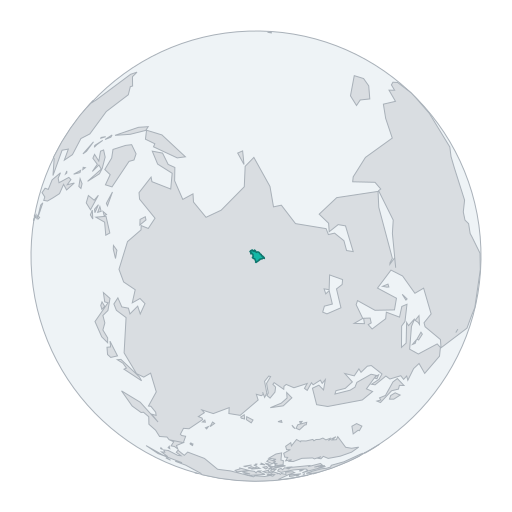 Ladakh on an orthographic globe, rotated 178°
{"feature_id": "IND-20012", "entity_name": "Ladakh", "entity_type": "Union Territory", "adm_level": 1, "iso_a3": "IND", "parent_name": "India", "parent_adm1": "", "projection": "orthographic", "projection_center": [77.875, 33.921], "detail": "fine", "context": "on_globe", "style": "filled", "palette": "teal", "viewbox_px": 512, "rotation_deg": 178, "n_neighbors": 0, "source": "natural_earth", "source_scale": "10m", "svg_char_len": 12885}
<svg xmlns="http://www.w3.org/2000/svg" viewBox="0 0 512 512"><g transform="rotate(178 256 256)"><circle cx="256" cy="256" r="225" fill="#eef3f6" stroke="#a8b0b8"/><path d="M317.6,39.3L319.0,40.9L333.5,49.4L343.9,53.7L337.1,52.0L360.8,62.0L372.5,70.4L355.7,60.1L351.2,58.6L357.3,63.5L354.0,63.1L355.0,65.4L350.5,64.7L341.0,59.4L338.0,59.0L342.5,62.6L340.8,64.6L334.6,59.3L331.1,62.4L314.6,55.5L301.8,44.2L289.0,42.1L266.2,35.4L264.6,36.4L255.0,35.3L249.6,36.2L246.9,35.3L244.9,36.9L248.4,37.6L248.7,38.7L245.9,39.5L241.9,38.2L242.8,37.7L240.2,37.8L239.4,36.9L238.2,37.8L233.7,36.6L233.9,39.0L226.8,39.1L225.0,38.1L230.8,36.5L241.0,32.1L241.0,31.5L235.1,31.8L212.3,35.0L211.4,35.2L229.0,32.3L246.8,30.9L264.7,30.9L282.5,32.3L300.2,35.1L317.6,39.3ZM204.6,36.7L206.6,36.2L202.4,37.5L209.3,36.4L208.6,37.0L213.4,37.1L206.6,39.1L197.4,41.1L193.0,41.4L188.8,42.5L188.1,44.2L175.2,47.3L158.5,54.3L155.8,55.2L159.4,52.6L171.2,47.3L187.7,41.3L204.6,36.7ZM323.6,41.1L324.5,41.4L324.7,41.6L321.3,40.5L322.9,40.9L323.6,41.1ZM352.2,57.3L348.5,54.9L353.2,57.4L352.2,57.3ZM356.0,65.9L358.0,66.8L357.7,67.7L356.0,65.9ZM216.8,36.1L215.1,36.6L215.1,36.3L216.8,36.1ZM220.5,35.9L221.6,35.2L223.6,35.0L222.8,35.4L220.5,35.9ZM350.5,67.5L349.3,68.9L348.9,66.5L350.5,67.5ZM218.6,36.8L226.8,34.8L230.2,34.5L230.1,36.0L218.6,36.8ZM347.5,69.2L344.7,73.2L349.2,75.4L335.1,72.0L342.1,69.4L340.9,65.9L344.2,68.5L347.5,69.2ZM250.8,37.6L246.9,36.8L252.8,36.8L250.8,37.6ZM254.5,37.4L272.0,36.9L276.3,38.8L269.5,38.4L277.2,40.7L270.6,41.8L265.0,40.8L263.5,39.2L262.1,40.9L254.5,37.4ZM327.7,69.8L325.6,70.2L326.0,68.8L327.7,69.8ZM249.3,39.2L252.5,38.7L256.4,40.3L250.8,41.5L251.3,40.6L249.3,39.2ZM282.4,40.9L284.3,42.5L279.5,43.8L279.6,44.7L270.8,42.0L282.4,40.9ZM249.0,40.6L247.8,42.1L243.4,42.2L246.5,39.8L249.0,40.6ZM259.8,40.3L261.4,41.1L258.7,41.0L259.8,40.3ZM227.0,44.0L230.7,43.0L233.0,43.7L227.0,44.0ZM247.7,42.7L249.2,42.7L250.6,42.9L248.9,44.0L247.7,42.7ZM268.1,43.2L265.7,43.6L271.4,44.4L268.1,45.6L262.8,43.7L263.7,45.1L262.7,45.5L259.5,43.6L268.1,43.2ZM251.3,45.9L243.5,44.5L236.1,45.9L233.8,45.2L246.1,43.2L251.3,45.9ZM256.4,44.7L252.7,45.2L251.7,44.0L253.6,42.8L256.4,44.7ZM267.7,47.3L274.2,45.8L275.1,46.3L267.7,47.3ZM249.4,46.5L251.3,46.9L248.9,46.8L249.4,46.5ZM262.3,47.2L264.5,46.6L265.5,47.1L262.3,47.2ZM253.4,48.4L250.8,47.8L252.0,46.9L253.4,48.4ZM257.6,48.0L258.5,49.0L254.0,46.9L258.4,47.6L257.6,48.0ZM262.9,47.9L264.2,48.0L261.8,48.1L262.9,47.9ZM250.2,52.4L244.3,50.0L247.0,47.8L252.4,50.4L250.2,52.4ZM32.3,234.6L39.1,196.8L42.4,189.5L47.7,176.5L74.3,157.8L74.6,166.1L89.5,179.4L90.4,183.4L83.0,192.0L89.6,218.0L98.5,213.2L110.2,230.9L121.6,237.2L135.7,219.7L117.1,208.9L119.5,197.3L139.0,197.6L156.1,207.9L157.6,203.8L151.5,189.9L160.3,185.2L150.0,184.6L150.6,190.0L144.1,190.0L143.2,185.1L146.3,183.5L142.5,179.0L128.6,188.8L127.7,195.3L114.7,189.9L112.0,200.5L106.8,202.5L109.4,185.4L112.9,180.9L113.8,159.6L109.0,163.7L107.8,184.3L106.0,181.1L99.6,187.8L103.1,180.2L105.7,157.5L97.2,152.4L78.0,161.8L74.9,158.2L76.1,149.5L91.5,132.8L96.8,142.9L102.4,138.0L108.6,126.5L109.6,130.8L112.8,127.6L115.5,131.3L126.5,128.4L130.4,131.5L141.5,123.1L145.0,123.8L137.4,128.4L134.2,133.7L144.6,142.5L148.6,142.0L155.1,136.1L157.1,139.6L162.0,132.8L171.4,135.5L164.1,126.8L171.4,120.6L180.8,118.6L181.9,115.3L166.6,118.6L161.7,121.4L159.6,126.2L145.1,133.8L140.0,132.5L150.3,119.4L144.2,116.5L154.8,108.4L189.6,103.1L200.6,105.3L204.2,121.9L197.7,124.7L193.2,119.8L191.0,130.1L194.3,126.4L196.0,129.7L203.4,125.3L205.0,127.4L209.5,119.9L212.2,122.0L209.3,126.8L222.7,123.0L230.3,126.6L232.6,124.8L232.9,121.8L242.3,128.8L243.6,127.2L241.0,124.3L241.8,119.3L246.9,113.5L249.9,116.2L248.5,118.7L249.9,128.3L245.6,135.0L247.4,135.6L251.8,130.5L250.0,118.6L252.3,114.4L254.1,119.7L253.6,117.4L255.6,116.2L260.5,117.8L258.9,112.0L277.4,97.3L288.6,99.5L288.1,105.4L304.2,100.0L315.5,104.1L313.1,101.2L319.2,97.5L315.7,96.0L315.0,94.4L329.0,85.7L334.5,86.3L337.8,80.5L336.6,79.2L332.6,78.3L335.1,72.0L349.2,75.4L351.3,78.2L358.7,79.0L362.4,85.4L368.9,91.6L368.8,99.1L373.9,103.8L376.3,103.6L385.0,110.4L395.1,125.9L376.8,113.9L359.7,93.5L365.8,101.6L361.4,100.2L361.7,103.4L366.3,109.5L368.7,109.8L360.4,123.7L365.4,142.6L372.4,138.9L379.5,142.6L391.2,163.8L388.0,199.0L397.4,206.6L399.7,213.0L395.5,219.0L391.9,209.8L385.3,208.3L384.0,202.5L376.0,210.0L373.7,202.1L368.6,212.3L373.4,217.6L381.3,213.5L377.9,226.5L389.2,234.7L393.4,247.5L383.9,274.9L370.0,286.1L369.7,290.4L362.7,287.3L355.6,297.3L370.4,316.9L370.7,323.4L358.1,338.5L357.4,333.9L338.9,325.9L336.9,341.6L351.1,351.3L356.0,364.4L345.8,362.1L340.6,350.6L334.0,347.3L334.7,334.0L327.2,315.1L316.8,320.3L316.6,312.1L304.6,296.4L289.2,303.0L265.3,325.6L263.7,346.0L254.7,354.6L239.6,325.0L236.8,304.5L228.9,305.9L215.4,287.0L185.0,280.9L182.9,274.9L176.7,276.1L167.6,268.2L165.3,258.3L158.7,257.0L165.5,283.0L172.8,284.5L182.0,277.7L182.3,286.2L191.4,295.6L173.3,311.5L131.8,316.3L131.6,300.4L119.8,248.9L122.3,244.6L122.4,244.0L122.5,243.0L117.5,249.4L116.8,239.4L118.9,273.9L117.6,287.1L131.2,317.0L129.0,318.6L134.5,325.5L156.8,326.8L156.1,331.7L143.2,350.7L115.7,369.1L121.6,389.0L123.4,403.3L111.2,405.7L117.3,417.1L111.7,416.8L114.7,422.3L113.1,424.9L108.5,424.5L95.3,413.7L90.5,408.2L77.8,392.5L58.5,358.2L57.6,348.4L54.7,337.1L45.6,304.5L47.3,292.8L45.9,284.6L42.4,280.9L41.2,271.0L39.5,267.6L32.0,250.9L32.3,234.6ZM59.0,172.5L56.8,175.9L59.0,172.5ZM170.3,229.4L183.1,234.5L184.1,219.8L189.1,220.8L187.6,215.7L184.1,218.8L181.4,205.3L189.4,203.5L191.3,197.6L187.1,195.7L172.9,201.3L176.7,220.3L170.9,224.5L170.3,229.4ZM144.5,60.6L139.2,63.5L143.6,60.9L143.9,60.6L153.6,55.4L155.0,55.5L152.6,56.2L144.5,60.6ZM166.9,49.1L160.6,51.9L167.4,48.9L166.9,49.1ZM127.6,108.3L126.2,111.9L121.7,114.4L116.8,112.0L123.3,108.1L127.6,108.3ZM125.2,116.6L136.7,105.2L140.2,106.8L136.3,107.7L137.5,109.9L131.5,112.1L123.5,125.4L119.0,128.6L112.6,121.4L117.2,121.7L118.3,118.0L125.2,116.6ZM160.0,78.3L165.1,74.8L166.1,82.5L161.3,85.0L156.1,82.3L158.8,77.8L160.0,78.3ZM216.9,40.4L218.8,39.5L219.9,39.7L219.2,40.6L216.9,40.4ZM228.5,43.5L209.9,44.7L211.1,43.7L198.8,46.4L197.1,44.8L205.1,43.0L194.6,44.2L201.2,41.9L193.8,43.2L211.8,39.2L217.3,37.7L211.8,39.9L213.2,41.3L215.4,41.4L225.9,40.9L238.4,38.9L241.8,40.4L240.9,42.1L238.4,42.8L237.0,41.5L234.6,43.4L230.7,42.1L228.5,43.5ZM227.8,68.2L227.2,65.0L221.9,71.2L217.9,68.8L217.6,69.7L212.4,69.4L205.6,70.7L204.6,69.3L202.4,70.5L198.9,70.5L195.5,71.7L192.6,69.8L188.2,71.2L189.3,69.5L182.5,72.6L186.2,69.5L182.1,69.6L180.6,72.6L173.1,61.7L167.1,60.5L160.0,61.4L167.4,56.6L178.8,53.0L190.9,51.2L195.7,53.4L198.2,51.1L201.2,51.7L198.0,53.2L204.7,51.2L206.4,52.2L217.2,52.2L226.0,49.3L230.1,49.6L227.5,51.2L233.5,50.3L231.4,53.6L234.3,54.0L235.2,57.9L228.4,61.3L232.2,61.4L233.0,64.8L227.8,68.2ZM250.2,53.5L243.0,57.4L237.3,58.3L238.2,51.2L235.8,50.5L236.2,46.5L244.5,45.6L243.6,46.7L244.7,47.6L241.7,47.5L244.9,48.3L243.8,50.1L246.0,51.2L243.1,52.1L250.2,53.5ZM95.0,181.9L96.3,184.0L99.2,186.1L95.2,190.7L95.0,181.9ZM96.4,166.4L98.1,167.2L93.8,174.1L92.5,172.1L96.4,166.4ZM102.7,162.2L98.6,166.8L100.0,163.1L102.7,162.2ZM139.4,129.1L141.7,129.9L140.5,131.5L137.6,133.0L139.4,129.1ZM211.1,88.0L211.7,85.6L213.3,85.4L218.6,80.8L222.0,82.4L220.1,85.9L211.1,88.0ZM130.5,221.3L125.1,223.3L124.3,220.4L126.3,220.3L130.5,221.3ZM107.7,206.7L111.2,212.6L106.5,207.8L107.7,206.7ZM215.7,89.1L217.5,86.9L218.1,89.1L215.7,89.1ZM224.7,83.5L226.0,85.7L223.0,82.1L224.7,83.5ZM232.9,478.4L236.7,479.2L232.9,478.9L232.9,478.4ZM156.0,412.8L151.5,432.8L142.3,429.6L137.4,422.1L136.8,409.0L146.4,408.3L150.3,402.9L156.0,412.8ZM402.0,380.5L407.0,379.1L406.7,379.9L402.0,380.5ZM396.9,379.8L402.8,377.7L395.6,382.0L396.9,379.8ZM405.1,376.9L411.2,372.8L413.8,370.3L413.2,372.2L405.1,376.9ZM392.7,381.5L369.0,388.7L359.2,389.0L361.8,385.4L377.5,382.0L392.7,381.5ZM361.0,385.5L345.8,380.3L323.1,357.6L331.3,356.8L354.6,368.7L353.2,371.7L362.4,376.6L361.0,385.5ZM396.8,359.0L395.2,367.5L382.4,371.1L376.4,371.6L372.3,362.3L374.6,356.2L379.6,355.0L397.5,330.1L404.0,332.4L398.9,342.4L404.1,347.7L396.8,359.0ZM264.8,347.9L270.7,359.5L265.7,361.5L264.8,347.9ZM403.7,313.9L397.2,325.0L402.7,311.3L403.7,313.9ZM406.3,301.6L407.3,305.8L403.9,302.7L406.3,301.6ZM370.6,296.6L365.3,299.1L364.7,295.9L371.0,291.0L370.6,296.6ZM396.5,258.4L398.4,267.9L398.1,271.5L394.8,266.6L396.5,258.4ZM247.0,103.9L235.8,108.1L229.9,113.0L230.1,118.5L225.1,113.0L234.0,105.3L247.0,103.9ZM273.3,97.7L273.1,93.5L276.4,94.5L276.9,95.6L273.3,97.7ZM270.9,95.7L264.7,92.2L266.6,89.4L271.2,92.7L270.9,95.7ZM239.8,89.7L236.3,90.7L235.9,88.8L239.8,89.7ZM416.3,414.3L417.5,412.9L413.6,416.9L419.7,410.4L412.9,417.4L414.0,415.4L410.3,417.5L374.9,442.0L368.5,443.9L373.2,439.5L373.4,430.2L375.7,429.6L378.0,421.6L400.6,405.6L417.8,383.8L426.9,379.5L435.9,363.7L444.2,358.5L439.8,369.4L446.1,368.5L456.1,343.5L454.3,360.3L455.0,361.5L454.2,363.0L446.2,376.8L437.1,390.0L427.2,402.5L416.3,414.3ZM414.4,375.8L421.8,366.5L425.4,364.1L414.4,375.8ZM476.3,303.2L475.8,305.1L476.1,303.7L476.3,303.2ZM476.7,301.2L476.9,300.3L477.1,298.8L476.7,301.0L476.7,301.2ZM476.4,300.4L476.6,301.0L476.2,301.1L476.4,300.4ZM475.8,302.3L475.3,302.7L475.4,302.0L475.8,302.3ZM465.0,322.4L467.6,326.8L464.4,331.1L461.3,329.8L457.1,339.2L448.5,346.0L451.0,340.7L450.3,336.1L440.3,341.1L438.3,338.8L442.2,333.8L435.0,335.3L443.0,328.6L445.8,334.3L450.2,325.2L456.7,321.3L462.5,318.2L466.2,319.0L465.0,322.4ZM442.2,345.5L443.5,344.6L442.1,347.6L442.2,345.5ZM474.3,301.7L475.0,302.9L474.8,304.1L474.3,304.8L474.3,301.7ZM467.2,316.6L471.6,304.9L472.4,303.6L469.4,314.4L467.2,316.6ZM470.9,302.1L472.6,300.4L473.2,302.5L472.8,304.1L470.9,302.1ZM426.1,348.4L425.6,350.7L423.5,350.2L426.1,348.4ZM429.0,345.5L435.4,344.1L428.3,347.7L429.0,345.5ZM407.6,348.2L409.8,352.4L416.6,346.2L411.4,353.2L415.6,359.4L413.8,363.2L409.8,356.3L407.7,366.2L404.6,367.3L403.3,360.1L406.6,349.0L409.6,343.6L421.7,336.5L407.6,348.2ZM429.1,339.4L427.3,334.3L428.6,329.6L430.6,331.7L429.1,339.4ZM421.4,322.3L415.8,317.4L411.4,322.2L419.8,308.0L423.8,315.0L421.4,322.3ZM415.7,308.4L411.7,312.8L415.5,304.9L415.7,308.4ZM410.3,310.9L409.2,306.0L412.7,305.2L410.3,310.9ZM418.0,307.6L417.8,298.6L420.1,302.9L418.0,307.6ZM406.1,295.1L414.7,300.4L404.5,300.9L401.3,284.1L405.4,282.0L406.1,295.1ZM411.5,215.5L409.0,211.0L411.9,208.1L412.9,212.0L411.5,215.5ZM419.2,196.1L411.9,205.9L405.6,214.4L408.8,215.5L409.8,224.8L403.4,218.7L405.9,206.7L411.1,201.9L409.4,194.4L411.6,187.4L407.1,179.3L407.3,174.5L413.0,180.6L419.2,196.1ZM404.9,176.0L397.9,161.0L404.7,159.7L407.8,162.7L408.1,170.0L404.5,170.2L404.9,176.0ZM398.2,157.2L394.6,157.4L376.8,139.3L374.7,135.3L391.9,147.5L389.4,148.5L392.6,153.4L398.2,157.2ZM327.7,71.5L325.8,70.3L328.3,70.8L327.7,71.5ZM312.9,93.8L312.4,91.7L315.3,92.0L312.9,93.8ZM312.5,86.1L309.5,87.2L311.4,84.9L312.5,86.1ZM303.2,90.1L307.8,87.1L305.2,91.6L303.2,90.1Z" fill="#d9dde1" stroke="#a8b0b8" stroke-width="1"/><path d="M255.8,249.8L255.9,250.0L256.0,250.1L256.3,249.9L256.5,249.8L256.6,250.0L256.4,250.4L256.4,250.7L256.5,251.0L256.8,251.5L256.9,252.0L257.1,252.3L257.3,253.1L257.5,253.3L258.4,253.5L258.6,253.6L258.8,253.8L259.0,254.0L259.3,254.2L259.5,254.3L259.6,254.5L259.6,254.8L259.3,255.1L259.0,255.2L258.8,255.4L258.8,255.7L258.9,256.2L259.0,256.4L259.0,256.7L259.0,257.4L259.0,257.7L259.1,257.8L259.4,258.1L259.6,258.2L259.7,258.3L259.8,258.3L260.0,258.5L260.2,258.4L260.6,258.4L260.8,258.5L261.1,258.5L261.1,259.0L260.9,259.1L261.0,259.3L261.0,259.5L260.8,259.5L261.0,259.7L261.3,259.9L261.6,260.4L261.7,260.5L261.8,260.6L261.6,260.9L261.5,261.0L261.4,261.1L261.3,261.3L261.2,261.4L261.0,261.2L260.8,261.2L260.7,261.4L260.5,261.5L260.4,261.5L260.2,261.6L260.1,261.8L260.0,262.0L259.9,262.1L259.7,262.1L259.4,262.1L259.0,261.7L258.9,261.6L258.9,261.4L258.9,261.2L258.7,261.1L258.5,261.3L258.4,261.3L257.9,261.3L257.7,261.4L257.7,261.5L257.4,261.7L257.4,261.4L257.4,261.2L257.5,261.2L257.7,260.9L257.7,260.7L257.4,260.7L257.3,260.8L257.2,260.8L256.9,260.9L256.7,261.0L256.4,261.2L256.2,260.9L256.2,260.6L256.1,260.4L255.9,260.1L255.6,259.8L255.6,259.7L255.4,259.6L255.2,259.7L255.1,259.8L254.9,259.9L254.8,260.0L254.7,260.0L254.4,260.0L253.8,260.0L253.6,259.9L253.4,259.8L253.1,259.6L252.9,259.5L252.9,259.4L252.6,259.2L252.4,258.9L252.1,258.5L252.0,258.2L251.7,257.9L251.5,257.6L251.1,257.5L250.9,257.4L250.7,257.3L250.6,257.0L250.6,256.7L250.4,256.1L250.1,255.9L250.0,255.7L249.8,255.7L249.5,255.8L249.4,255.6L249.2,255.5L249.1,255.4L248.9,255.2L248.8,254.8L248.6,254.8L248.2,254.5L247.9,254.1L247.8,253.7L247.8,253.4L248.7,253.6L248.8,253.7L249.0,253.6L249.3,253.6L249.5,253.4L249.7,253.2L249.8,253.2L250.0,253.0L250.1,252.9L250.3,253.0L250.8,253.0L251.2,252.7L251.4,252.7L251.5,252.7L251.6,252.8L252.0,252.8L252.1,252.7L252.4,252.4L252.4,252.2L252.5,252.0L252.8,252.0L253.0,252.0L253.2,251.8L253.3,251.7L253.3,251.4L254.6,250.6L255.8,249.8Z" fill="#14b8a6" stroke="#0f766e" stroke-width="1.5"/></g></svg>